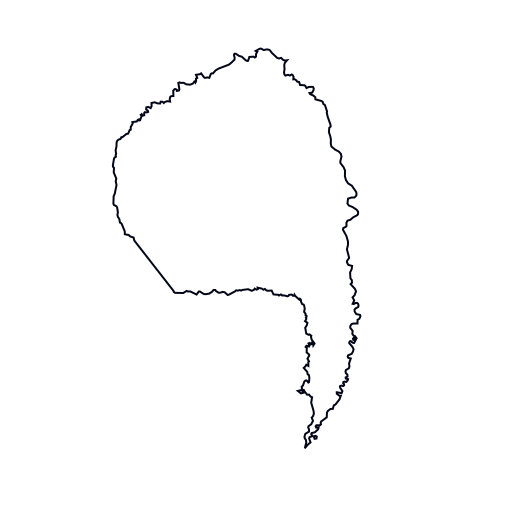 São Miguel do Araguaia, Goiás, Brazil, rotated 160°
{"feature_id": "56859067B80588795787306", "entity_name": "São Miguel do Araguaia", "entity_type": "district", "adm_level": 2, "iso_a3": "BRA", "parent_name": "Brazil", "parent_adm1": "Goiás", "projection": "robinson", "projection_center": [-50.279, -12.987], "detail": "fine", "context": "isolated", "style": "outline", "palette": "ink", "viewbox_px": 512, "rotation_deg": 160, "n_neighbors": 0, "source": "geoboundaries", "source_scale": "gbopen_adm2", "svg_char_len": 6113}
<svg xmlns="http://www.w3.org/2000/svg" viewBox="0 0 512 512"><g transform="rotate(160 256 256)"><path d="M262.8,114.9L260.7,111.5L258.4,111.3L258.6,113.4L257.6,114.1L256.8,113.6L256.6,111.8L255.4,108.2L253.6,107.6L252.7,105.1L251.6,104.1L254.3,99.3L254.9,90.7L255.6,87.9L257.3,85.9L259.0,85.0L258.8,81.6L261.7,79.0L264.9,78.1L265.5,77.2L265.6,74.5L266.2,72.9L270.5,72.0L271.2,71.1L272.3,69.5L272.5,67.9L272.0,66.3L272.5,63.7L275.9,58.6L271.9,61.0L268.5,62.2L268.5,66.4L267.6,67.5L264.4,67.4L265.0,69.8L264.3,70.6L261.0,70.2L256.9,71.9L255.8,73.5L258.1,74.1L258.2,75.6L257.1,76.3L253.8,75.1L252.5,75.6L252.3,77.1L251.4,78.2L244.7,80.2L242.9,84.5L241.7,85.7L238.4,86.8L236.1,86.1L234.0,89.0L232.1,89.3L226.6,92.7L224.1,95.7L225.4,96.1L227.2,98.9L226.7,100.3L222.4,97.9L221.0,99.5L222.0,103.5L221.7,104.9L220.2,105.1L218.6,104.0L217.5,104.3L217.1,105.6L217.6,106.7L217.1,107.6L216.1,107.8L214.4,106.8L212.5,107.7L211.6,108.8L213.5,110.1L213.3,111.2L211.2,111.5L210.7,113.4L211.6,115.1L211.4,116.9L210.5,118.1L207.2,118.7L206.0,120.2L205.3,123.2L202.0,127.3L204.1,128.7L204.3,130.0L203.5,131.1L199.5,131.4L197.6,133.0L196.2,135.0L196.5,137.8L198.2,142.2L197.7,143.2L196.5,143.8L195.7,143.2L194.9,141.5L193.6,140.7L189.6,144.3L190.1,145.8L191.2,143.8L192.0,143.2L193.3,144.0L193.1,145.2L191.2,146.1L190.8,147.0L191.6,147.9L192.1,149.9L190.8,152.6L192.0,156.3L191.3,158.0L189.6,159.3L187.9,159.3L183.7,157.9L182.4,161.3L180.4,161.7L178.7,163.3L178.4,164.2L178.4,165.1L181.6,167.1L182.3,170.0L181.8,171.8L180.3,172.7L177.4,173.1L176.6,174.3L176.4,176.2L177.0,177.3L178.5,177.8L180.5,177.4L181.5,178.0L178.9,180.7L179.4,184.1L176.8,185.4L174.1,188.6L174.3,191.4L176.7,197.2L174.9,198.1L174.2,200.5L174.9,202.7L173.2,208.4L170.6,210.9L169.1,213.8L172.3,216.1L172.7,219.2L172.3,220.1L169.1,222.4L168.3,231.1L165.7,235.1L164.6,238.2L164.2,243.8L165.3,251.0L164.4,252.4L161.6,252.7L160.6,253.4L159.8,256.1L158.0,257.9L154.7,257.8L151.8,259.0L146.7,259.8L145.8,260.5L144.9,262.7L145.6,265.0L148.5,269.0L151.5,271.7L152.1,274.1L149.9,278.4L146.3,278.3L143.5,277.3L141.1,278.4L140.1,280.5L140.0,282.0L141.9,289.3L144.6,292.7L145.5,296.4L145.2,300.5L143.1,305.8L143.3,309.4L144.9,314.6L144.5,315.9L141.6,320.3L141.3,323.0L142.5,325.9L145.2,328.8L147.7,333.1L147.3,336.0L145.8,339.8L145.3,342.8L145.1,347.5L143.3,351.4L141.6,352.1L141.1,353.6L141.0,362.6L140.4,366.7L139.8,367.5L139.6,374.2L140.7,375.9L140.6,378.0L141.5,379.3L146.6,382.9L146.0,385.0L147.2,387.1L149.7,389.5L150.0,390.8L147.3,390.3L145.2,392.2L144.4,393.8L144.7,395.5L148.6,396.8L151.1,396.5L151.5,399.0L152.1,399.9L156.1,401.6L156.0,404.8L157.7,405.8L158.0,407.2L159.4,409.1L160.5,409.3L159.4,411.6L159.7,413.5L160.4,414.4L162.5,414.0L163.9,415.3L166.7,415.5L167.2,416.8L166.9,418.9L165.2,422.0L164.2,425.7L162.8,427.7L159.9,429.3L161.9,429.7L163.6,431.2L164.6,433.6L166.8,433.7L168.4,435.0L171.6,441.4L172.6,444.6L173.6,445.6L175.0,446.4L178.3,446.9L180.4,449.2L181.8,449.5L186.1,448.8L184.9,447.5L186.8,445.9L187.9,443.3L189.2,442.9L190.2,444.2L194.2,445.3L196.7,442.1L197.6,442.3L198.7,443.4L201.2,448.2L203.5,449.8L205.8,453.0L207.1,453.4L208.0,452.4L208.2,449.9L209.0,447.9L213.3,446.0L215.9,445.1L227.1,444.9L230.6,444.2L233.9,442.3L235.3,442.8L236.3,442.4L238.9,439.4L240.5,440.4L243.0,440.8L243.7,441.6L245.1,446.4L246.5,446.0L250.4,446.8L250.3,443.4L251.8,443.2L252.5,440.7L253.4,439.9L253.4,441.1L254.2,441.1L256.0,439.7L259.2,439.5L262.7,441.1L264.8,443.5L267.5,444.4L268.3,445.2L269.8,445.2L271.0,438.8L271.8,437.9L273.9,438.2L273.6,439.3L274.5,440.4L275.5,440.6L277.2,439.7L278.9,434.6L281.1,435.2L282.5,434.6L283.6,432.4L283.9,430.5L286.6,431.9L289.3,431.8L290.3,431.3L291.1,432.9L292.8,433.6L293.9,432.1L296.2,433.0L298.7,435.1L301.9,435.5L302.8,432.6L304.4,431.0L306.2,432.9L308.2,433.2L309.1,431.3L307.9,429.4L308.1,428.3L309.6,428.3L311.3,429.2L312.1,428.7L312.9,426.5L314.5,426.6L314.9,428.4L316.0,428.0L315.5,426.8L318.5,423.2L319.4,423.3L319.4,424.4L320.6,424.3L322.0,423.2L326.4,424.1L326.6,422.6L329.5,420.1L330.6,417.5L331.7,417.5L334.3,414.7L336.1,415.0L341.0,413.3L341.8,413.7L343.4,412.3L345.5,412.4L347.0,411.7L348.2,410.3L349.6,406.8L351.8,403.2L352.5,399.9L353.4,398.7L353.7,397.2L355.2,396.9L356.1,396.1L359.5,390.1L359.8,388.6L359.3,387.4L361.1,383.1L360.8,376.5L362.3,374.1L362.8,370.4L367.3,363.0L369.3,360.9L372.1,354.0L372.1,352.7L370.1,350.4L369.9,349.2L370.8,344.4L372.2,341.9L372.4,340.1L371.8,337.5L372.4,333.9L371.6,333.1L371.2,331.9L370.9,324.1L371.8,321.3L368.4,319.2L367.5,317.4L364.7,315.2L365.1,312.3L364.1,309.1L345.5,251.6L345.5,250.2L344.5,249.0L337.0,246.1L333.2,246.9L332.2,246.0L329.9,245.2L325.0,240.1L321.9,242.2L320.9,241.8L318.0,238.1L316.3,237.3L312.5,236.6L311.5,237.2L310.1,237.1L307.5,238.6L305.9,238.0L305.5,236.6L303.8,234.4L302.6,233.8L299.7,233.7L297.8,232.6L296.0,229.1L295.0,228.9L288.0,229.9L286.5,230.5L284.9,229.7L282.8,229.5L281.9,228.6L280.6,228.8L274.8,227.5L271.8,224.7L269.3,225.0L268.4,225.8L267.0,224.2L265.5,224.3L265.3,225.7L261.6,223.3L260.6,221.8L258.9,222.0L258.0,220.1L256.6,219.2L253.1,218.2L252.7,213.9L248.5,212.0L247.9,211.0L246.1,211.4L245.3,211.0L245.0,210.0L242.8,209.2L240.3,207.4L239.1,207.4L238.2,208.2L235.6,207.5L234.9,206.0L233.8,205.6L233.1,206.5L232.8,205.0L230.2,200.2L229.4,200.8L228.8,199.7L229.3,197.7L229.1,195.0L227.9,194.1L227.7,193.0L228.2,189.9L229.9,187.0L229.2,185.0L229.7,183.3L229.0,182.7L229.2,181.7L230.2,181.1L230.1,180.1L230.6,179.2L232.2,178.0L230.5,175.7L231.8,173.7L234.3,171.7L235.3,165.9L233.4,163.9L232.5,164.0L231.3,162.1L232.0,161.3L232.3,158.3L230.9,153.8L232.7,152.4L232.2,154.8L232.5,155.7L233.5,155.6L234.0,154.1L235.3,154.3L235.7,156.0L236.6,155.9L236.4,153.6L237.1,152.8L239.3,154.4L240.4,153.6L239.6,152.6L241.4,148.1L240.0,145.6L239.9,144.4L242.8,141.8L242.2,138.8L243.2,138.4L244.4,134.8L245.9,136.6L247.2,135.5L249.4,134.5L247.5,129.6L247.9,127.1L247.0,126.0L247.5,123.3L249.3,119.4L250.1,119.2L250.8,121.3L251.4,122.0L252.3,122.0L253.6,121.4L256.1,118.3L257.8,117.5L258.2,115.4L259.1,114.5L262.8,114.9ZM263.5,66.8L263.5,64.2L261.6,63.8L260.7,65.5L261.5,66.6L263.5,66.8Z" fill="none" stroke="#020617" stroke-width="2"/></g></svg>